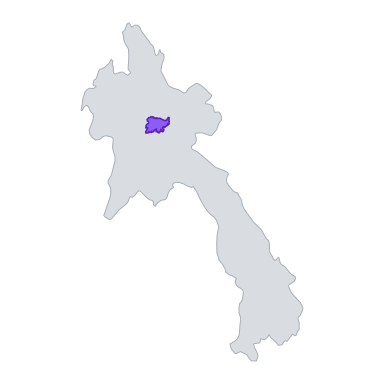 Phonxay, Louangphrabang, Laos (highlighted)
{"feature_id": "54806243B12835501655609", "entity_name": "Phonxay", "entity_type": "district", "adm_level": 2, "iso_a3": "LAO", "parent_name": "Laos", "parent_adm1": "Louangphrabang", "projection": "equal_earth", "projection_center": [102.787, 19.886], "detail": "fine", "context": "in_parent", "style": "filled", "palette": "violet", "viewbox_px": 384, "rotation_deg": 0, "n_neighbors": 0, "source": "geoboundaries", "source_scale": "gbopen_adm2", "svg_char_len": 7797}
<svg xmlns="http://www.w3.org/2000/svg" viewBox="0 0 384 384"><path d="M139.9,27.6L141.5,31.3L149.1,41.2L150.4,43.9L153.1,46.0L155.4,54.9L156.4,55.5L157.6,54.8L158.6,53.6L159.4,50.2L159.9,49.8L160.7,52.6L162.8,53.5L163.8,54.7L164.1,56.9L163.7,59.1L162.0,64.1L160.9,70.9L168.3,85.5L171.4,87.5L178.8,89.9L183.8,93.1L186.1,92.4L188.3,88.7L190.9,86.7L195.9,83.6L197.3,83.4L200.1,84.7L204.6,88.3L211.4,95.1L211.2,96.9L209.9,98.7L206.3,101.4L205.2,103.1L205.9,103.8L208.9,104.2L212.5,105.8L213.6,107.6L214.2,111.6L214.8,112.4L218.2,111.9L219.2,112.5L220.4,113.8L221.6,117.2L221.6,119.7L218.3,124.2L217.9,126.9L216.2,130.1L211.7,135.4L210.5,135.7L202.1,132.8L195.4,133.2L194.9,134.3L196.0,137.5L196.4,140.7L195.3,143.2L191.5,146.3L191.4,147.7L192.2,149.2L197.7,152.0L215.6,167.4L223.7,170.4L227.3,172.3L228.2,173.4L228.2,174.8L227.3,176.5L226.5,179.5L226.5,181.4L227.3,183.1L228.8,185.7L233.8,191.6L237.5,193.0L241.3,199.8L242.5,205.6L244.4,209.5L253.7,222.2L261.5,230.0L266.2,238.5L268.5,240.4L269.2,243.5L269.8,252.5L272.6,256.9L273.1,258.7L274.3,260.0L275.6,260.3L278.3,257.4L278.9,257.8L280.1,262.5L281.2,264.2L285.4,267.2L289.8,272.8L292.1,274.9L295.1,276.5L295.5,278.3L295.0,280.2L294.1,281.4L289.0,284.7L288.4,286.1L291.8,293.4L300.2,302.4L302.9,307.8L302.4,310.4L300.1,315.7L298.4,317.1L297.9,318.8L299.2,323.1L299.1,329.7L297.5,331.3L296.1,335.4L295.0,335.7L292.5,334.2L287.1,341.2L284.7,340.8L282.0,344.8L278.5,345.3L276.1,342.4L270.9,337.7L269.0,334.8L267.4,337.3L264.7,339.7L260.9,338.8L259.9,342.3L259.1,343.0L254.5,343.6L253.6,344.1L254.4,347.3L257.1,352.7L258.0,355.9L256.3,361.0L251.5,360.8L249.3,358.7L246.6,354.4L240.4,351.6L236.3,353.5L235.0,353.4L231.9,349.8L230.8,347.5L230.0,344.0L234.7,341.2L237.1,339.0L238.7,336.7L239.3,334.3L240.0,324.2L240.7,320.7L240.3,316.3L239.0,312.9L239.0,307.8L239.6,303.6L241.4,301.6L242.6,298.6L243.4,291.9L242.8,290.2L241.0,288.5L238.0,287.0L236.2,285.0L235.4,282.6L235.5,280.5L236.4,278.7L234.1,276.7L228.7,274.5L225.7,271.9L225.1,268.8L222.8,264.8L219.0,259.8L216.9,252.6L216.7,243.2L217.1,235.6L218.7,226.7L216.5,220.4L214.0,217.0L210.6,214.5L207.3,211.0L204.2,206.4L200.4,199.6L196.1,190.6L193.2,186.5L191.7,187.5L188.5,186.6L183.8,184.0L179.6,182.6L176.1,182.4L173.8,183.0L172.7,184.4L172.6,185.7L173.5,187.1L173.0,188.1L171.2,188.9L169.7,190.4L168.0,193.7L166.8,198.0L165.1,199.7L162.3,200.0L159.7,201.3L157.0,203.4L155.8,205.0L155.9,206.0L155.3,206.3L154.1,205.7L153.4,204.3L153.5,202.0L152.2,200.5L149.4,199.7L146.3,197.3L140.3,191.1L138.9,190.8L137.0,192.4L134.4,195.9L132.3,197.3L130.6,196.6L129.3,197.8L128.4,201.0L126.8,203.5L118.7,210.2L111.4,218.9L109.6,219.7L105.2,217.2L103.8,215.5L109.9,197.8L110.8,193.5L110.6,187.8L108.1,183.1L108.0,181.7L108.4,180.2L111.5,174.7L115.1,160.6L114.9,156.2L113.4,151.4L112.5,146.8L113.2,140.6L113.0,138.2L111.3,136.9L105.8,135.7L102.7,136.7L101.1,138.4L99.3,139.5L95.8,140.1L92.6,138.0L89.9,134.4L89.2,130.0L92.7,120.6L93.5,117.0L93.5,115.2L92.9,113.5L92.1,113.2L90.3,111.0L88.6,107.1L87.0,105.3L85.5,105.7L84.1,107.1L81.8,110.8L81.1,110.3L83.2,97.4L85.1,91.8L87.4,89.3L89.7,88.2L92.2,88.6L94.3,88.1L96.0,86.8L95.9,86.0L93.9,85.8L93.1,84.4L93.5,81.6L94.4,79.8L95.8,79.0L97.1,76.2L98.4,71.5L100.0,69.1L101.8,69.0L105.0,67.0L109.4,63.0L111.2,59.2L112.8,60.9L112.2,65.4L113.1,66.3L113.5,67.9L113.2,70.4L113.6,72.6L114.3,73.6L115.2,74.1L120.0,72.3L122.8,72.1L127.6,75.4L130.4,73.0L130.4,72.1L128.1,69.0L128.8,57.7L128.5,49.1L124.7,42.7L123.9,40.1L123.5,36.0L122.4,32.4L125.2,29.6L126.7,24.3L128.7,23.0L129.3,23.2L131.7,27.2L134.7,25.2L137.0,25.2L138.9,26.3L139.9,27.6Z" fill="#d9dde1" stroke="#a8b0b8" stroke-width="1"/><path d="M169.1,117.6L168.8,117.6L168.4,117.5L168.2,117.8L167.9,117.9L167.3,118.7L167.2,118.9L167.1,119.2L167.1,119.5L166.9,119.9L166.7,120.2L166.3,120.3L166.1,120.4L165.8,120.7L165.5,120.6L165.4,120.4L165.0,120.6L164.9,120.4L164.6,120.4L164.4,120.4L164.1,120.3L163.8,120.1L163.0,120.0L162.9,119.8L162.7,119.6L162.4,119.7L161.6,119.2L161.3,119.1L160.8,118.8L160.0,118.3L159.9,118.2L159.4,118.3L158.9,118.4L158.4,118.5L158.0,118.5L157.3,118.4L157.3,118.2L157.2,118.1L156.8,118.0L156.8,117.9L156.7,117.9L156.4,117.9L156.3,118.0L156.2,118.1L156.2,118.3L155.9,118.4L155.4,118.2L155.3,118.3L155.2,118.4L155.0,118.1L154.9,117.9L154.7,117.9L154.3,117.8L154.1,117.6L153.7,117.7L153.7,117.3L153.6,117.1L153.1,117.0L153.0,116.9L152.8,117.0L152.7,117.2L152.6,117.3L152.3,117.2L152.1,116.8L151.5,116.9L151.4,116.9L151.2,116.8L151.0,116.7L150.9,116.9L150.8,117.1L150.6,117.4L150.4,117.4L150.2,117.4L150.0,117.6L149.6,117.6L149.4,117.5L148.9,117.6L148.5,117.9L148.5,118.0L148.3,118.3L147.8,118.8L147.4,119.0L147.3,119.3L147.1,119.5L147.3,119.8L147.3,120.1L147.3,120.3L147.3,120.6L147.3,120.9L147.6,121.1L147.8,121.2L148.2,121.5L148.3,121.6L148.5,121.9L148.6,122.3L148.5,122.7L148.5,122.9L148.4,123.2L148.2,123.4L148.2,123.5L147.8,123.8L147.7,123.8L147.4,124.0L147.2,124.1L146.9,124.3L146.7,124.4L146.5,124.6L146.5,125.0L146.3,125.6L146.1,125.7L146.0,126.0L145.9,126.9L145.9,127.9L146.5,127.8L147.0,127.7L147.4,127.7L147.7,127.8L147.7,128.2L147.6,128.4L147.5,128.7L147.4,129.1L147.1,129.4L146.7,129.6L146.7,129.9L146.6,130.3L146.5,130.5L146.0,131.0L145.9,131.3L145.7,131.9L145.7,132.4L145.7,132.7L145.7,132.8L145.9,132.8L146.0,132.8L146.3,132.8L146.5,132.8L146.5,132.7L147.1,132.9L147.1,133.0L147.4,132.9L147.6,132.9L147.8,132.9L148.0,132.8L148.4,132.7L148.6,132.2L148.8,132.1L149.0,131.9L149.1,132.1L149.3,132.1L149.4,132.3L149.6,132.3L149.8,132.2L149.9,132.3L150.1,132.2L150.4,132.1L150.6,132.1L151.0,131.7L151.0,131.8L151.3,131.9L151.3,132.0L151.5,131.9L151.6,132.3L151.8,132.2L152.0,132.2L152.2,131.9L152.5,131.8L152.8,131.9L152.9,131.7L153.0,131.7L153.4,131.6L153.6,131.6L153.6,131.4L153.5,131.1L153.6,130.9L154.1,130.9L154.3,130.6L154.3,130.4L154.4,130.2L154.6,130.1L154.7,129.9L154.8,129.9L155.0,129.7L155.3,129.5L155.8,129.6L156.0,129.4L156.3,129.4L156.4,129.5L156.5,129.4L156.5,129.5L156.4,129.9L156.4,130.1L156.3,130.3L156.2,130.4L156.1,130.6L156.1,131.0L156.1,131.5L156.4,131.4L156.5,131.4L156.7,131.2L156.8,131.4L157.0,131.5L157.1,131.9L157.3,132.1L157.5,132.0L157.7,131.9L157.8,131.9L157.9,132.0L158.1,132.2L158.2,132.4L158.4,132.2L158.6,132.2L158.7,132.5L158.9,132.4L159.0,132.4L159.2,132.8L159.3,132.8L159.4,132.5L159.5,132.3L159.6,132.1L159.7,131.9L159.8,131.8L159.7,131.8L159.7,131.6L159.9,131.6L160.1,131.5L160.3,131.5L160.7,131.6L160.8,131.5L160.8,131.4L160.9,131.2L160.8,130.9L160.8,130.7L161.0,130.6L161.0,130.4L161.0,130.2L161.0,129.9L161.0,129.7L161.4,130.0L161.6,130.2L161.7,130.3L161.8,130.6L161.8,130.8L161.9,131.0L162.1,131.1L162.2,131.3L162.3,131.6L162.5,131.7L162.9,131.6L163.2,131.5L163.2,131.1L163.3,130.9L163.2,130.8L163.3,130.7L163.4,130.4L163.5,130.4L163.8,130.4L163.8,130.2L163.8,129.5L163.6,129.4L163.4,129.3L163.4,129.1L163.2,128.9L162.9,128.5L162.8,128.4L162.6,128.3L162.4,128.1L162.5,127.9L162.7,127.7L162.9,127.7L163.1,127.6L163.2,127.3L163.4,127.1L163.4,126.8L163.6,126.8L163.8,126.9L163.8,127.0L164.0,126.9L164.1,127.0L164.3,127.3L164.4,127.1L164.5,127.2L164.8,127.0L165.1,126.9L165.2,127.0L165.3,127.0L165.3,126.9L165.3,126.6L165.5,126.6L165.6,126.4L166.0,126.1L166.4,126.0L166.4,125.9L166.5,125.9L166.8,125.7L167.0,125.7L167.3,125.6L167.5,125.5L167.6,125.3L167.6,125.1L167.5,124.9L167.4,124.9L167.4,124.6L167.4,124.4L167.5,124.3L167.6,124.2L167.8,124.1L168.0,124.0L168.0,123.9L168.2,124.0L168.4,124.3L168.5,124.6L168.9,124.4L168.9,123.9L169.0,123.7L169.2,123.4L169.1,123.2L169.0,122.8L168.9,122.3L169.0,122.1L169.2,121.8L169.1,121.5L169.2,121.4L169.2,121.2L169.2,120.9L169.1,120.7L169.0,120.3L168.9,120.3L169.0,120.1L169.0,119.9L169.0,119.7L169.1,119.4L169.0,119.2L168.9,119.1L168.9,118.9L168.9,118.6L169.0,118.6L169.0,118.4L169.2,118.1L169.3,118.0L169.3,117.9L169.2,117.8L169.1,117.7L169.1,117.6Z" fill="#8b5cf6" stroke="#5b21b6" stroke-width="1.5"/></svg>